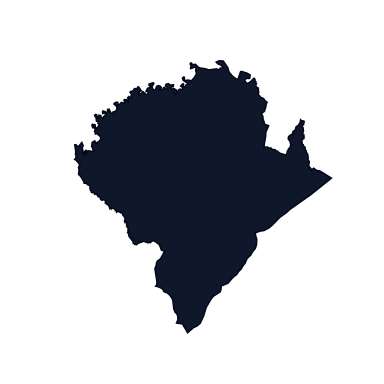 the district of Mancha Khiri, Khon Kaen, Thailand, rotated 200°
{"feature_id": "78962969B48602997867294", "entity_name": "Mancha Khiri", "entity_type": "district", "adm_level": 2, "iso_a3": "THA", "parent_name": "Thailand", "parent_adm1": "Khon Kaen", "projection": "robinson", "projection_center": [102.568, 16.234], "detail": "fine", "context": "isolated", "style": "filled", "palette": "ink", "viewbox_px": 384, "rotation_deg": 200, "n_neighbors": 0, "source": "geoboundaries", "source_scale": "gbopen_adm2", "svg_char_len": 6126}
<svg xmlns="http://www.w3.org/2000/svg" viewBox="0 0 384 384"><g transform="rotate(200 192 192)"><path d="M194.0,91.1L190.6,91.4L186.5,90.9L184.3,88.8L180.9,88.7L177.6,87.5L174.0,84.9L172.7,83.1L169.1,75.9L166.8,73.3L164.4,72.2L162.7,70.0L161.6,67.2L161.7,63.5L155.9,64.8L148.0,58.2L144.4,64.8L141.4,67.9L139.4,71.5L138.7,79.5L139.2,88.5L137.4,98.2L136.1,101.6L131.4,107.7L131.4,110.2L132.4,113.7L127.1,118.4L124.2,126.0L121.8,129.8L121.0,133.1L119.4,136.6L119.0,139.8L117.8,143.1L117.5,148.3L115.2,152.9L114.9,155.5L113.2,160.7L113.3,164.1L114.9,169.6L117.6,173.2L118.4,175.5L113.9,179.0L111.4,180.2L107.6,184.3L105.4,188.0L100.8,198.2L96.3,204.8L94.3,208.8L79.8,229.6L65.7,252.7L77.9,255.3L80.1,255.5L82.1,254.8L85.7,256.0L87.1,253.9L91.3,256.4L92.1,260.6L94.1,262.1L94.6,264.2L95.4,264.8L95.3,265.8L96.1,266.2L96.6,267.6L97.9,268.0L98.7,269.8L99.9,270.2L101.3,273.0L103.2,273.4L103.6,274.4L104.9,274.7L105.4,276.1L105.9,275.9L106.4,276.9L105.9,280.0L105.2,280.5L106.0,281.1L105.4,282.1L106.0,282.3L106.3,283.9L107.3,283.7L108.1,285.7L108.0,287.1L109.5,290.3L110.8,291.0L111.0,292.8L110.2,293.2L110.7,296.7L111.4,296.9L113.5,296.5L114.7,297.0L114.1,294.5L115.0,290.6L116.3,289.4L116.5,287.2L115.8,286.4L117.7,283.4L117.4,280.4L118.2,280.2L120.1,277.4L120.1,275.8L119.3,274.3L117.3,273.3L115.4,270.2L115.1,267.4L116.1,265.6L115.9,263.8L116.5,262.9L116.0,261.1L116.4,258.8L122.8,258.5L126.0,259.6L126.8,259.3L128.5,260.2L131.3,259.4L133.0,260.4L134.5,259.7L136.6,260.1L139.7,258.3L139.5,259.8L140.2,260.4L141.8,269.3L143.1,273.7L142.6,280.5L146.7,280.5L150.4,285.2L151.0,286.9L153.2,289.2L153.1,290.4L151.6,292.4L151.7,296.8L152.3,300.1L152.1,302.0L154.7,302.8L156.6,304.3L159.5,304.4L162.7,306.1L163.6,307.5L163.3,308.3L164.0,308.5L164.0,309.9L164.7,310.4L164.8,311.6L165.6,311.8L165.5,312.4L168.0,312.9L168.7,315.1L168.5,316.0L169.5,316.3L169.7,317.6L171.2,318.1L171.1,319.0L171.9,319.9L172.7,320.2L174.8,315.5L176.9,313.1L177.9,313.0L180.1,314.3L180.7,315.5L180.1,317.1L176.6,318.5L177.4,321.9L181.0,322.5L186.9,322.2L187.5,321.6L187.4,314.5L187.9,313.5L188.9,313.3L193.3,314.6L198.1,317.3L201.1,321.3L207.5,325.8L211.4,324.6L213.7,322.3L211.3,321.2L208.1,321.2L205.6,319.6L205.5,318.7L207.9,318.1L208.1,316.5L208.7,316.1L211.1,316.1L217.9,312.5L221.7,312.4L227.0,311.3L228.7,311.4L232.4,313.2L234.9,312.0L235.9,312.2L236.6,313.1L237.3,312.8L237.6,311.7L235.9,310.2L235.8,307.8L235.4,307.5L232.1,310.2L230.7,310.3L230.1,307.3L228.5,305.3L228.3,303.8L229.1,300.0L230.6,296.3L233.9,295.9L237.1,294.1L238.5,297.3L239.2,297.2L240.0,295.8L238.4,293.8L233.8,292.9L232.8,292.1L234.3,290.6L234.6,288.7L235.4,287.5L236.3,287.8L236.8,290.6L237.4,290.7L238.1,289.8L238.9,287.6L236.6,287.0L235.9,285.4L236.5,284.7L237.7,284.8L239.1,284.1L240.7,278.1L242.9,279.3L240.8,281.2L241.4,282.4L244.4,283.0L246.0,281.8L247.8,282.9L247.6,283.4L245.6,284.6L246.0,286.4L247.2,286.1L248.0,285.0L251.4,285.7L253.2,284.4L253.4,283.5L252.6,282.3L250.8,281.5L250.8,280.3L251.9,279.7L253.7,281.0L254.4,280.3L254.6,278.3L257.1,276.7L258.0,277.3L256.5,278.7L256.6,279.7L258.2,280.6L260.1,280.4L261.4,279.2L261.4,276.3L262.1,274.5L263.7,275.1L265.6,277.2L264.9,280.7L265.3,281.3L266.0,281.3L269.3,278.8L268.9,277.5L266.3,277.1L269.0,274.4L269.6,272.6L269.6,270.6L267.5,271.4L266.9,270.9L267.9,267.5L272.5,269.6L272.9,268.3L275.1,265.1L276.0,269.0L275.6,269.5L274.6,269.1L274.4,269.8L277.9,272.4L278.8,272.4L279.2,269.9L281.4,269.6L282.1,266.7L284.0,265.5L284.4,264.6L282.0,262.8L282.5,259.5L283.0,259.2L284.1,260.0L284.7,258.6L283.1,256.5L283.0,255.1L285.1,256.4L287.2,255.7L287.4,255.0L285.2,253.3L286.2,252.5L289.1,252.0L290.6,248.3L291.8,248.9L292.0,250.4L292.9,250.9L294.2,250.3L295.5,248.5L295.3,247.9L292.2,246.7L290.9,244.3L291.4,241.7L293.6,240.1L292.8,238.7L295.0,238.4L298.3,241.5L299.6,240.6L298.7,238.7L299.2,237.6L303.2,237.9L303.6,237.0L302.7,235.2L300.7,236.5L299.7,235.8L300.1,233.7L300.9,232.6L300.6,230.8L302.9,231.1L303.9,232.7L305.8,232.2L304.7,229.5L304.9,229.0L306.3,229.6L307.9,231.9L308.9,232.0L309.8,231.0L309.2,229.9L307.8,229.4L306.0,225.9L304.5,226.2L303.7,224.2L302.1,223.7L303.1,218.9L305.3,220.3L305.9,221.9L308.8,221.6L308.8,220.3L307.2,218.4L305.9,218.9L304.3,217.9L304.3,215.5L303.2,214.8L302.6,213.4L301.1,214.4L298.6,213.2L297.4,213.2L295.8,210.4L297.0,207.3L299.2,205.1L300.9,206.8L302.8,204.5L301.9,200.4L300.4,199.3L298.4,196.1L303.2,195.4L304.7,192.6L306.0,193.3L305.0,194.8L305.9,195.0L307.3,192.1L305.7,191.0L305.3,190.4L305.8,190.0L308.6,191.7L308.7,194.0L309.6,194.2L310.1,195.9L310.2,198.4L312.5,200.9L314.3,195.7L315.4,195.7L317.2,196.8L318.3,196.2L315.1,190.4L314.4,187.5L313.1,186.2L312.9,183.7L313.4,182.4L311.1,182.2L311.0,181.7L308.8,180.5L308.0,180.6L307.6,179.7L306.8,179.7L307.1,179.0L306.5,178.3L307.2,176.6L305.8,174.2L304.5,169.5L302.3,169.3L302.1,168.3L301.0,168.0L298.3,165.5L297.3,165.5L296.5,163.4L293.6,164.0L292.8,163.1L290.9,163.2L289.6,162.2L289.0,160.2L288.0,158.9L286.8,159.0L287.0,158.1L286.4,157.3L285.3,157.3L284.9,158.0L283.7,157.8L282.8,156.6L282.3,157.2L281.0,156.9L281.0,157.5L280.0,157.6L278.9,155.6L276.6,155.6L275.9,155.1L275.9,154.3L274.2,153.4L273.7,153.5L273.7,154.2L273.3,154.0L271.5,154.7L270.0,153.6L269.7,151.9L265.6,150.8L263.3,148.1L262.9,149.1L262.2,149.3L261.8,148.8L261.6,149.5L260.3,149.9L257.8,148.9L257.6,148.3L256.7,148.8L256.0,147.4L255.6,148.2L255.0,148.0L254.1,148.7L252.9,148.3L252.3,149.0L251.8,148.1L250.6,148.7L248.7,146.3L247.9,146.3L246.5,144.7L245.3,144.4L245.6,143.0L245.2,142.4L245.6,141.7L244.4,140.3L243.6,140.9L242.7,140.4L241.8,137.6L240.7,137.1L240.7,136.5L238.8,135.8L239.3,135.2L238.5,134.4L239.1,133.8L238.4,132.7L238.6,131.6L237.1,131.4L236.4,129.2L234.8,127.9L233.8,128.1L233.9,127.4L233.2,127.0L232.9,127.4L231.9,126.0L231.0,126.0L229.6,123.6L228.9,124.0L227.9,123.2L226.0,123.5L225.0,125.7L223.9,126.1L223.3,127.7L222.5,127.4L220.6,129.2L215.8,129.2L215.2,130.1L213.8,130.1L212.8,132.3L210.8,133.1L205.4,131.6L203.9,130.5L201.0,127.0L197.0,126.8L197.7,125.5L198.8,118.4L200.9,115.3L201.1,113.1L200.6,111.1L200.6,106.9L199.5,106.0L199.6,105.3L194.3,95.8L193.4,92.7L194.0,91.1Z" fill="#0f172a" stroke="#020617" stroke-width="1.5"/></g></svg>